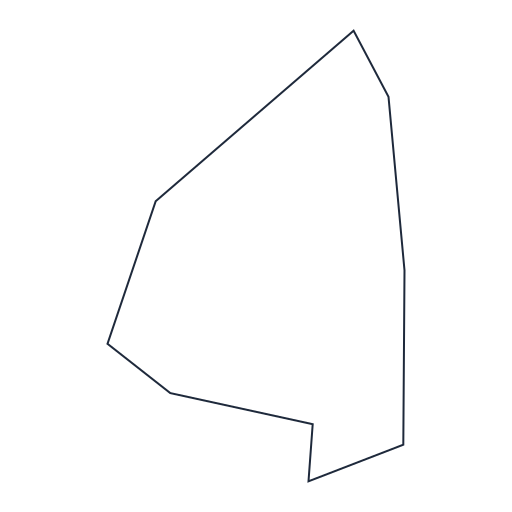 an SVG outline of Sliema
{"feature_id": "MLT-5936", "entity_name": "Sliema", "entity_type": "state/province", "adm_level": 1, "iso_a3": "MLT", "parent_name": "Malta", "parent_adm1": "", "projection": "natural_earth1", "projection_center": [14.506, 35.912], "detail": "fine", "context": "isolated", "style": "outline", "palette": "slate", "viewbox_px": 512, "rotation_deg": 0, "n_neighbors": 0, "source": "natural_earth", "source_scale": "10m", "svg_char_len": 244}
<svg xmlns="http://www.w3.org/2000/svg" viewBox="0 0 512 512"><path d="M353.6,30.7L388.5,96.8L404.5,270.4L403.3,444.7L308.5,481.3L312.7,424.2L170.3,393.1L107.5,343.8L155.7,201.2L353.6,30.7Z" fill="none" stroke="#1e293b" stroke-width="2"/></svg>